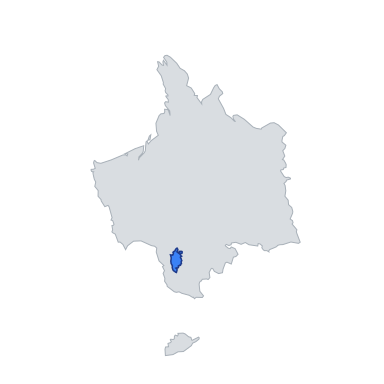 where Vaucluse sits in France, rotated 57°
{"feature_id": "FRA-5352", "entity_name": "Vaucluse", "entity_type": "Metropolitan department", "adm_level": 1, "iso_a3": "FRA", "parent_name": "France", "parent_adm1": "", "projection": "natural_earth1", "projection_center": [5.058, 44.047], "detail": "fine", "context": "in_parent", "style": "filled", "palette": "blue", "viewbox_px": 384, "rotation_deg": 57, "n_neighbors": 0, "source": "natural_earth", "source_scale": "10m", "svg_char_len": 5538}
<svg xmlns="http://www.w3.org/2000/svg" viewBox="0 0 384 384"><g transform="rotate(57 192 192)"><path d="M284.1,160.1L282.0,161.1L280.6,163.2L279.3,163.7L276.8,163.8L275.5,162.4L272.5,163.3L271.3,164.6L273.1,166.3L267.2,173.0L263.4,174.8L262.6,179.3L258.1,182.6L256.5,186.1L256.3,186.8L257.5,187.9L257.0,190.2L254.7,191.7L254.8,193.1L255.4,193.3L258.9,192.2L260.2,190.8L259.5,189.0L263.0,186.7L269.3,187.3L270.0,190.3L269.2,192.8L273.8,198.3L269.9,200.9L269.6,202.6L273.7,208.1L276.3,210.4L274.9,214.1L270.7,216.5L267.9,216.3L266.8,216.9L266.9,218.0L268.8,221.4L273.5,223.6L274.2,226.1L272.9,227.1L270.8,230.9L271.7,232.8L271.4,233.6L271.9,234.9L273.1,236.2L279.5,239.5L285.4,238.9L286.1,240.8L282.6,245.8L282.8,248.1L281.0,248.1L280.7,248.9L277.1,250.6L271.4,255.7L268.7,257.2L267.6,259.8L266.0,261.2L257.7,264.2L256.1,263.5L252.0,263.6L249.5,261.7L244.6,260.6L243.0,257.9L238.5,257.4L238.3,255.6L231.9,257.2L222.9,254.7L219.8,252.1L217.2,252.8L214.9,255.2L205.2,261.4L201.4,267.8L202.0,275.3L204.2,279.1L198.3,278.5L194.8,279.6L193.9,281.2L185.6,279.3L182.5,280.9L181.6,280.7L180.6,279.2L176.5,277.4L177.1,276.1L176.6,275.0L172.8,274.1L171.4,275.2L170.0,273.0L159.3,269.6L157.5,269.7L156.8,273.1L149.9,273.0L148.9,272.4L144.4,273.1L139.7,269.9L134.4,270.5L131.2,267.3L128.1,267.0L123.7,265.4L121.7,264.5L121.5,263.5L120.1,265.0L118.5,264.7L118.1,264.2L119.2,262.4L119.5,260.3L114.0,258.7L112.6,257.2L112.6,256.4L115.6,255.7L118.3,252.8L121.1,242.2L123.3,229.8L124.7,227.4L126.4,226.8L125.1,225.1L123.4,227.3L124.7,215.9L126.9,207.3L131.4,210.8L132.4,212.4L133.7,217.5L136.2,219.6L134.6,217.5L133.1,210.7L132.1,208.8L124.9,203.2L124.7,201.9L127.9,202.5L126.7,198.3L126.1,189.4L121.7,188.6L114.7,184.8L110.0,178.0L109.5,175.5L110.9,172.8L109.8,171.1L107.7,169.9L109.4,167.6L110.9,167.4L116.0,168.7L111.8,166.5L105.0,167.3L102.4,166.5L101.9,164.9L103.8,162.9L101.6,161.6L97.7,161.9L97.2,161.4L98.4,159.9L97.5,159.3L94.3,159.9L92.5,159.4L90.9,157.8L85.8,157.4L84.7,156.4L77.7,154.5L70.3,154.8L68.4,151.5L64.0,149.9L64.9,148.8L69.4,147.9L70.3,146.9L67.1,145.6L66.0,144.2L72.0,143.9L69.4,142.4L63.6,142.5L62.9,140.5L63.7,138.5L67.2,136.7L75.7,134.7L81.8,134.6L86.2,132.3L90.5,131.7L94.6,132.8L99.9,138.6L104.4,136.0L110.9,136.1L112.2,137.5L114.1,134.9L115.5,136.4L123.5,135.9L121.6,134.9L120.2,132.5L120.2,123.4L116.3,116.9L115.3,114.5L115.6,112.5L120.4,112.9L124.4,112.0L126.2,112.6L126.6,116.8L128.2,119.2L139.1,120.0L145.4,121.3L150.8,118.9L155.8,117.9L156.2,117.3L153.4,117.5L150.8,116.5L150.4,115.4L151.9,112.1L159.6,108.5L170.8,105.4L173.7,103.4L177.0,99.7L176.3,98.7L176.9,88.7L178.6,85.4L182.9,83.0L193.7,80.6L195.0,83.8L194.9,85.6L197.7,88.4L199.1,89.3L203.9,87.8L206.1,90.4L206.8,93.4L212.4,94.6L214.1,98.5L215.1,97.6L218.7,97.8L220.3,98.1L222.6,99.8L221.9,102.1L222.9,103.2L221.9,105.4L222.6,106.3L229.2,106.3L231.1,105.3L232.0,103.2L234.0,101.9L234.7,102.3L233.5,106.3L234.4,107.3L234.9,110.2L237.3,110.4L242.1,112.7L246.2,116.4L251.2,115.8L255.2,117.9L259.3,116.8L263.1,118.0L264.5,119.1L268.1,124.4L270.8,123.3L272.8,124.0L273.4,125.5L280.8,124.6L282.1,126.1L283.7,126.6L293.0,128.6L293.1,130.6L287.8,136.3L285.6,144.4L284.0,147.2L283.4,149.3L283.9,150.7L283.6,153.0L282.6,158.2L283.2,159.8L284.1,160.1ZM319.6,270.4L319.1,273.8L320.5,276.2L321.1,286.1L318.4,290.8L318.0,296.5L314.7,303.4L309.2,300.3L307.6,298.6L309.0,296.0L305.9,294.6L306.6,292.1L306.2,290.8L304.1,290.7L303.9,290.0L305.5,288.1L305.5,286.8L303.4,285.3L302.9,284.0L304.9,282.5L304.0,281.1L302.9,280.8L305.5,276.3L307.4,275.0L311.6,273.7L313.3,272.1L316.1,272.9L316.5,272.5L317.3,265.5L318.3,265.4L319.2,266.3L319.6,270.4ZM125.3,198.8L124.6,200.8L121.9,197.3L121.6,195.4L125.3,198.8Z" fill="#d9dde1" stroke="#a8b0b8" stroke-width="1"/><path d="M251.0,248.9L250.6,249.2L250.2,249.5L249.0,249.8L248.6,250.1L247.8,250.4L246.9,250.4L244.7,249.8L244.4,249.6L244.1,249.4L243.5,248.8L243.3,248.7L243.1,248.7L242.8,248.7L241.8,248.5L240.7,248.5L238.8,247.6L238.4,247.4L236.6,245.8L235.5,245.1L233.0,244.3L233.1,244.2L233.3,244.0L233.5,243.9L233.7,243.7L233.8,243.5L233.9,243.4L233.9,242.9L233.9,242.7L234.0,242.7L234.3,242.7L234.4,242.4L234.3,242.2L234.0,241.8L233.1,240.8L233.0,240.7L232.9,240.6L232.6,240.6L232.4,240.6L232.2,240.7L232.0,239.8L232.0,239.7L232.1,239.2L232.1,238.3L232.0,238.2L231.8,237.9L231.6,237.8L231.5,237.7L231.5,237.4L231.5,237.2L231.4,237.1L231.1,236.7L230.9,236.2L230.9,235.1L231.4,235.1L232.0,235.1L232.5,235.2L232.8,235.3L233.0,235.5L233.3,235.9L233.7,236.9L233.8,237.1L234.1,237.2L234.3,237.2L234.5,237.1L234.9,236.8L235.0,236.8L235.2,236.7L235.7,236.7L235.9,236.6L236.2,236.5L236.5,236.3L236.9,236.2L238.1,235.9L238.4,235.9L239.2,236.0L239.5,236.0L239.7,235.9L240.0,235.7L240.3,235.6L240.4,235.8L240.3,236.0L240.1,236.3L240.1,236.5L240.1,236.8L240.2,237.0L240.4,237.3L240.7,237.4L241.2,237.5L241.6,237.5L241.8,237.4L242.1,237.4L243.4,237.9L243.6,237.9L243.8,237.9L244.0,237.9L244.1,238.0L244.3,238.4L244.3,238.6L244.4,238.8L244.5,238.9L244.6,239.1L245.0,239.2L245.6,239.7L245.8,239.8L246.4,239.9L246.4,241.2L246.7,241.2L247.0,241.3L247.1,241.5L247.1,241.9L247.0,242.2L246.5,243.4L246.5,243.7L246.6,243.9L246.9,244.0L247.5,244.0L247.9,244.5L248.0,244.9L247.9,245.3L247.2,246.4L247.1,246.9L248.3,246.5L249.3,247.0L251.0,248.9L251.0,248.9ZM236.5,232.8L236.8,232.8L237.0,232.9L237.8,233.6L237.9,233.8L238.0,234.0L237.9,234.3L237.6,234.6L237.4,234.8L237.2,235.2L237.0,235.4L236.8,235.5L235.3,235.5L235.1,235.4L235.0,235.2L235.0,234.8L235.1,234.5L236.1,233.1L236.3,232.9L236.5,232.8Z" fill="#3b82f6" stroke="#1e3a8a" stroke-width="1.5"/></g></svg>